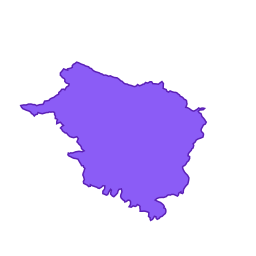 outline of Natividade da Serra, São Paulo, Brazil, rotated 228°
{"feature_id": "56859067B75442298859642", "entity_name": "Natividade da Serra", "entity_type": "district", "adm_level": 2, "iso_a3": "BRA", "parent_name": "Brazil", "parent_adm1": "São Paulo", "projection": "orthographic", "projection_center": [-45.377, -23.427], "detail": "fine", "context": "isolated", "style": "filled", "palette": "violet", "viewbox_px": 256, "rotation_deg": 228, "n_neighbors": 0, "source": "geoboundaries", "source_scale": "gbopen_adm2", "svg_char_len": 4525}
<svg xmlns="http://www.w3.org/2000/svg" viewBox="0 0 256 256"><g transform="rotate(228 128 128)"><path d="M170.1,154.0L172.5,153.5L173.5,152.7L174.6,151.7L176.4,150.7L178.6,149.8L179.4,148.2L181.0,147.6L182.4,146.7L183.4,145.3L185.3,144.9L186.9,143.9L188.3,143.5L189.6,142.7L191.7,141.4L193.6,140.7L195.0,140.5L196.6,140.6L198.3,139.6L199.8,139.7L201.4,138.7L202.8,137.8L204.2,137.5L206.6,136.1L209.6,134.9L211.3,133.9L211.4,131.8L211.9,130.0L211.5,128.1L210.3,127.2L210.7,125.8L211.4,124.4L212.4,122.6L211.4,121.9L213.2,120.6L215.0,119.8L214.5,117.2L214.2,114.6L212.4,113.0L211.2,113.2L209.4,113.0L207.4,113.7L206.2,113.5L204.9,112.2L202.8,112.2L201.6,112.9L200.1,113.7L199.1,112.2L199.6,109.9L199.2,108.2L198.6,106.6L199.9,106.2L201.1,104.6L200.6,102.7L200.7,100.4L199.5,99.0L200.1,97.1L200.3,94.9L200.4,93.3L201.1,91.7L201.7,89.6L201.4,87.9L202.2,86.3L203.8,84.0L203.0,82.4L202.5,80.6L204.5,77.9L205.7,75.1L207.7,74.4L208.9,73.1L210.7,72.0L212.4,70.0L213.2,67.8L214.9,66.0L216.5,63.3L214.7,62.8L212.6,62.8L211.4,63.4L209.2,64.4L207.2,65.6L205.1,66.3L203.3,66.0L201.9,66.5L199.6,66.4L199.8,68.2L198.9,69.8L199.7,71.5L198.5,72.1L197.1,73.0L195.9,73.9L195.1,75.6L194.0,77.8L193.0,78.9L192.5,80.4L191.4,81.3L190.6,82.5L189.6,83.5L188.2,83.5L187.1,82.4L185.5,82.1L183.7,80.3L182.6,81.1L181.2,81.1L180.8,79.8L178.9,77.9L178.1,80.3L177.4,81.7L175.6,81.5L173.1,81.8L173.4,80.1L173.2,77.8L171.3,77.9L169.7,77.4L168.1,77.7L166.3,78.0L165.4,79.0L163.0,78.8L160.7,79.0L158.8,80.0L157.1,81.2L155.8,84.1L153.3,84.0L152.7,82.4L151.9,80.8L150.4,80.9L148.9,80.7L147.2,80.9L145.4,80.7L143.8,79.7L141.7,79.9L140.4,80.1L141.0,78.1L142.2,77.1L143.5,76.0L145.3,73.2L146.1,71.1L146.7,69.8L147.9,68.8L148.2,67.4L149.3,66.9L148.3,65.4L146.7,65.4L144.9,66.2L143.2,66.8L141.6,67.6L140.2,68.8L138.3,70.0L136.6,69.6L134.7,69.2L132.5,68.8L131.1,68.3L129.9,69.5L128.4,68.8L126.9,69.0L126.1,67.6L125.2,66.2L124.4,64.5L123.3,63.0L121.5,62.4L120.3,61.8L118.9,61.1L118.2,59.1L116.5,58.0L114.3,58.9L112.5,59.6L110.9,59.5L109.9,61.0L111.0,62.1L108.9,62.9L107.7,63.6L106.2,64.4L104.9,65.2L103.7,65.4L102.3,66.2L101.8,68.7L101.9,70.8L100.5,72.0L99.4,71.0L98.3,69.7L97.9,67.1L96.1,65.4L94.3,66.3L92.6,67.0L92.1,68.3L92.9,70.3L93.7,72.3L94.1,74.1L92.9,74.1L91.9,72.5L90.6,70.9L87.9,70.9L86.4,71.5L86.4,73.8L86.7,76.7L87.9,78.5L88.4,80.3L87.2,82.3L85.7,81.5L84.6,80.7L83.7,79.1L83.0,77.7L81.9,76.6L80.4,76.1L77.7,76.2L76.4,76.7L75.2,76.1L74.5,77.5L74.3,79.8L73.1,80.8L71.4,80.5L69.5,78.6L68.8,76.1L67.0,77.4L66.7,79.7L64.9,80.8L64.4,82.4L64.9,83.7L63.2,84.4L61.7,84.5L60.7,83.4L59.2,82.5L58.0,81.3L56.9,82.5L55.5,84.3L54.3,85.3L52.3,86.5L51.1,86.8L49.8,85.5L48.6,84.1L46.5,84.4L45.5,83.5L44.2,83.0L43.7,85.0L44.1,86.9L44.7,88.5L43.4,89.4L42.2,88.6L40.6,88.6L40.0,90.6L40.3,92.6L39.5,94.3L39.6,96.7L39.5,98.4L40.2,99.8L41.1,100.7L42.3,101.5L43.5,101.8L44.7,101.2L45.4,102.4L47.1,102.8L49.3,102.6L50.9,102.3L52.9,101.3L54.3,100.7L56.3,100.0L56.3,102.2L55.4,104.6L53.6,106.9L52.5,108.0L51.4,110.7L51.6,112.2L51.1,113.5L49.9,114.5L49.4,116.1L48.0,117.6L44.3,119.2L44.5,120.7L45.6,122.1L45.2,124.6L44.3,123.8L42.8,124.7L43.1,126.0L44.1,126.8L45.3,128.5L46.0,131.0L46.3,133.1L46.4,134.9L47.4,136.5L48.8,138.4L50.2,139.9L51.7,140.3L53.1,140.6L55.3,140.5L57.2,140.5L59.5,141.0L61.2,141.6L62.5,142.4L62.7,143.7L62.2,145.0L62.4,146.9L63.2,149.1L63.1,151.1L64.1,153.4L65.6,154.7L67.2,154.0L68.5,155.6L68.9,157.6L69.1,160.0L69.8,161.5L69.6,162.9L71.0,165.1L72.7,165.9L72.6,168.3L73.4,170.7L72.9,173.0L71.9,175.2L71.1,177.6L72.1,179.1L73.0,180.1L74.4,180.4L75.9,180.2L77.2,180.6L78.3,181.9L79.0,184.0L79.8,186.1L79.2,188.1L80.0,190.1L81.3,190.2L83.0,190.6L85.3,190.7L87.0,190.6L88.4,191.2L90.0,191.9L91.4,191.1L93.5,191.4L93.4,193.3L92.2,194.8L91.2,196.3L91.3,198.0L92.6,197.1L93.5,196.0L94.2,194.3L95.6,194.0L95.6,192.1L96.1,189.6L96.5,188.2L97.9,187.3L99.4,186.9L101.4,186.5L103.6,185.7L104.7,184.7L105.4,186.2L106.4,188.0L107.7,188.7L109.0,189.7L110.5,189.7L111.6,189.0L113.6,189.1L114.9,188.9L116.6,188.1L118.3,188.4L119.5,188.0L120.9,188.0L122.4,187.4L123.6,186.2L125.1,185.2L127.4,184.1L127.6,182.1L129.4,181.5L131.0,182.1L132.5,181.3L134.0,180.7L135.6,182.3L137.4,184.1L139.8,184.3L140.1,181.9L140.2,179.9L141.9,178.5L142.9,177.5L144.4,176.1L146.5,176.5L147.7,175.3L147.9,173.9L148.3,172.6L150.1,171.5L149.8,169.6L150.6,168.3L150.8,166.8L151.7,164.8L153.9,164.2L153.7,162.4L154.2,160.8L155.2,160.0L157.4,158.9L159.6,157.3L161.2,156.8L162.2,155.8L163.4,155.1L165.1,154.9L166.5,154.9L167.9,154.2L170.1,154.0Z" fill="#8b5cf6" stroke="#5b21b6" stroke-width="1.5"/></g></svg>